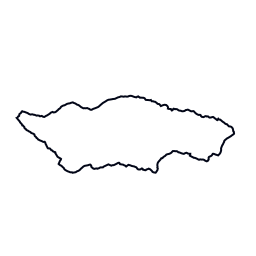 the district of Chhume, Bumthang, Bhutan, rotated 326°
{"feature_id": "84629894B49965990869274", "entity_name": "Chhume", "entity_type": "district", "adm_level": 2, "iso_a3": "BTN", "parent_name": "Bhutan", "parent_adm1": "Bumthang", "projection": "mercator", "projection_center": [90.767, 27.465], "detail": "fine", "context": "isolated", "style": "outline", "palette": "ink", "viewbox_px": 256, "rotation_deg": 326, "n_neighbors": 0, "source": "geoboundaries", "source_scale": "gbopen_adm2", "svg_char_len": 5833}
<svg xmlns="http://www.w3.org/2000/svg" viewBox="0 0 256 256"><g transform="rotate(326 128 128)"><path d="M41.4,57.5L41.7,60.5L41.9,62.2L41.7,63.0L42.1,65.4L41.8,66.7L42.3,67.1L42.4,68.1L42.6,69.3L42.2,69.9L42.2,70.1L42.3,71.0L42.7,71.7L42.7,73.0L43.3,73.8L43.7,74.6L43.9,75.3L44.9,76.9L44.9,77.6L45.0,78.0L46.3,79.8L46.7,80.7L46.8,81.0L46.3,82.1L46.3,82.8L46.7,84.1L46.6,85.2L47.0,85.8L47.1,87.4L47.7,88.3L47.9,88.8L49.2,90.7L49.9,92.0L50.4,92.5L51.2,92.8L51.3,93.6L50.8,95.1L50.8,95.6L50.7,96.5L50.5,97.0L50.5,97.8L50.2,99.5L50.4,100.3L51.0,100.6L51.7,101.2L51.9,101.8L52.0,103.5L52.5,104.0L52.7,104.7L52.7,105.3L53.4,106.5L54.2,107.4L54.2,107.6L53.7,108.0L53.6,110.6L53.5,112.4L53.9,113.4L55.1,115.8L55.2,116.2L54.6,116.7L53.0,117.3L50.8,118.8L50.4,119.0L50.6,119.9L51.0,121.0L51.7,122.1L52.0,123.9L52.4,125.1L52.2,126.4L52.5,127.7L53.3,129.3L54.0,130.5L54.5,131.1L55.2,132.2L55.8,132.8L56.8,133.4L57.0,134.1L59.9,135.4L61.5,135.4L63.0,135.8L64.4,135.8L65.1,135.7L66.2,135.4L67.4,135.3L69.4,135.0L70.8,135.1L74.0,136.5L75.6,136.9L76.3,137.3L76.4,137.7L76.4,138.8L75.9,139.5L76.0,140.5L76.3,141.1L76.4,141.9L77.1,143.0L78.2,143.4L79.6,144.1L79.8,144.6L81.4,145.1L83.0,145.2L85.2,146.6L86.1,146.4L91.4,147.2L93.1,149.9L93.8,150.0L94.4,150.2L95.2,150.7L95.8,150.9L96.1,150.9L97.2,151.1L100.3,151.4L101.0,151.7L101.3,152.0L101.3,152.7L101.1,153.2L101.2,153.6L102.2,154.5L103.5,155.7L104.0,156.8L104.6,157.6L104.9,158.9L106.6,158.8L107.8,158.8L109.1,160.3L109.9,161.6L110.8,162.5L111.7,163.4L112.4,164.6L112.9,165.2L113.0,166.2L112.9,166.7L113.2,167.8L113.5,168.2L114.1,168.7L115.3,169.3L116.7,169.2L117.0,169.4L117.3,170.0L117.1,170.9L118.7,172.7L119.2,172.9L120.0,172.7L121.7,173.2L122.5,173.3L122.8,174.0L123.3,174.6L123.4,175.2L123.8,176.8L123.8,178.1L124.1,178.6L124.6,179.3L125.9,180.5L126.9,180.2L128.0,179.7L128.8,179.4L130.1,178.2L130.2,177.9L130.1,177.3L131.0,176.4L131.4,175.4L132.1,174.5L133.3,173.5L134.2,173.1L137.2,172.3L138.0,172.0L138.8,171.7L139.5,172.2L140.3,172.1L141.2,171.8L143.3,171.9L145.0,171.5L146.6,172.0L147.5,172.4L149.0,172.7L150.2,172.7L151.2,172.4L152.3,172.2L153.6,173.1L154.2,173.7L155.5,174.5L155.9,175.3L156.2,176.4L156.8,176.8L158.3,179.0L159.4,180.3L159.9,180.7L161.3,180.8L162.6,181.2L163.0,181.8L163.3,182.6L164.4,183.7L165.2,184.2L164.7,184.9L163.8,185.5L164.1,186.2L164.5,186.8L164.8,187.5L165.3,188.2L165.8,189.4L166.6,190.0L167.2,190.8L167.8,191.7L168.9,193.8L169.4,194.2L170.2,194.3L171.3,195.3L172.6,196.1L173.4,197.2L173.7,198.3L174.7,199.7L176.1,199.8L176.5,199.4L177.2,199.3L178.3,197.6L178.9,197.3L179.4,197.3L180.8,197.6L181.9,197.6L183.1,197.2L183.8,196.8L184.5,197.2L185.2,198.1L185.7,199.0L186.2,199.5L187.4,201.1L188.0,200.9L188.9,200.9L190.7,200.2L191.7,199.5L192.8,198.5L193.3,197.7L193.8,196.9L195.2,195.9L196.7,194.9L196.9,194.9L197.3,194.8L197.6,194.6L197.9,194.4L198.5,194.0L199.9,193.3L200.1,193.1L200.3,192.7L201.4,192.3L204.4,192.0L205.9,192.2L207.3,192.2L208.2,192.3L208.7,192.3L209.9,192.2L212.3,192.2L212.9,191.8L213.1,191.1L213.5,190.7L213.6,190.4L213.5,189.3L213.8,188.9L214.2,187.9L214.6,186.9L214.5,186.3L214.4,185.2L214.3,184.9L213.8,184.1L213.1,183.5L212.5,182.9L212.4,181.7L212.2,181.2L212.2,180.5L212.1,180.1L211.4,179.5L211.0,178.8L210.7,177.3L210.1,176.0L209.6,174.4L209.5,173.7L209.2,173.1L209.1,172.6L208.4,172.1L208.1,171.8L208.0,170.8L207.7,170.9L206.6,171.4L206.4,171.4L206.2,171.0L205.8,169.5L205.3,168.3L205.0,167.0L204.7,166.4L204.3,166.2L204.0,166.1L202.5,165.6L201.9,165.2L201.6,165.1L201.2,164.6L200.8,163.1L200.2,162.7L199.7,162.5L199.6,162.3L199.3,161.8L199.0,161.6L198.6,161.4L197.2,161.3L196.5,161.1L196.2,160.8L196.0,160.5L195.5,160.1L195.4,159.8L195.2,159.1L195.2,158.8L195.4,158.1L195.2,157.5L194.7,157.1L193.8,156.6L193.4,156.0L192.9,155.1L192.4,153.9L192.4,153.6L192.1,152.6L192.0,151.3L191.7,150.6L189.7,149.5L188.8,147.9L188.2,146.7L187.9,146.3L187.6,146.1L186.6,145.8L186.3,145.6L185.8,145.4L184.8,145.5L184.2,145.4L182.8,144.8L182.5,144.6L181.8,143.9L181.4,143.2L180.1,142.1L179.6,141.1L179.4,140.3L179.0,139.7L178.3,139.1L178.1,138.9L177.6,138.8L177.4,138.6L176.9,137.8L176.6,137.5L175.9,137.6L175.0,138.1L174.7,138.1L174.1,138.0L174.0,137.5L174.3,136.7L174.1,136.2L172.4,134.9L172.0,134.3L172.2,134.2L172.9,132.7L172.9,131.7L172.5,130.3L172.3,130.2L171.7,129.5L171.3,129.2L170.8,129.0L169.6,128.6L167.5,128.2L167.4,126.3L167.2,125.6L166.1,124.6L166.0,124.2L165.9,124.0L165.9,123.6L165.2,121.5L164.4,120.8L163.7,119.8L162.7,119.2L162.6,118.8L162.6,118.1L162.4,117.7L162.5,117.5L161.5,117.1L160.5,116.2L158.8,114.9L158.4,114.5L158.4,112.6L157.8,111.7L157.4,111.3L156.7,110.9L156.2,110.4L154.9,109.6L154.9,109.2L154.8,108.9L154.4,108.5L154.2,108.1L154.2,107.8L154.2,107.6L153.2,107.2L152.5,107.3L152.1,107.3L151.9,107.1L150.7,105.9L149.0,103.5L147.8,102.5L146.4,102.0L145.5,101.9L144.5,101.3L143.2,100.1L142.0,99.7L140.8,98.6L139.8,97.8L138.4,97.6L136.8,97.0L133.5,96.5L131.2,95.3L130.7,95.2L130.0,94.8L128.8,94.3L127.7,93.7L126.2,93.4L124.4,93.4L121.2,93.2L117.5,93.6L116.4,93.8L115.0,93.9L111.7,93.2L109.9,92.7L108.9,92.6L108.1,92.6L107.7,92.3L107.1,91.9L106.9,91.6L106.6,90.5L106.1,90.0L105.4,88.7L103.8,87.9L103.0,87.2L102.0,86.7L101.5,85.7L100.9,84.7L99.9,81.5L99.5,80.9L98.9,80.3L98.1,78.3L97.0,76.8L96.6,75.9L94.7,75.2L93.9,75.1L93.3,74.9L92.8,74.6L91.0,73.9L88.1,73.7L87.0,73.2L85.3,73.0L84.4,73.0L82.9,73.6L82.1,73.7L81.0,73.6L80.6,73.8L79.6,74.0L78.8,74.0L78.0,74.2L76.9,74.2L76.2,74.1L74.9,73.4L74.5,72.5L72.4,72.1L71.2,72.4L67.8,72.3L66.9,72.1L65.9,72.1L64.7,72.0L64.3,71.6L63.6,70.7L63.5,70.2L63.2,69.7L62.1,69.3L61.5,69.0L61.2,68.1L60.0,67.0L59.2,66.7L57.9,64.8L57.4,64.5L56.4,63.2L55.3,62.6L54.6,62.3L53.5,60.6L53.2,59.5L52.4,58.5L51.6,57.3L50.9,56.4L49.8,55.5L49.7,55.0L49.2,54.9L47.5,55.7L45.9,55.7L45.2,56.3L44.5,57.1L43.3,57.0L42.8,57.3L41.8,57.6L41.4,57.5Z" fill="none" stroke="#020617" stroke-width="2"/></g></svg>